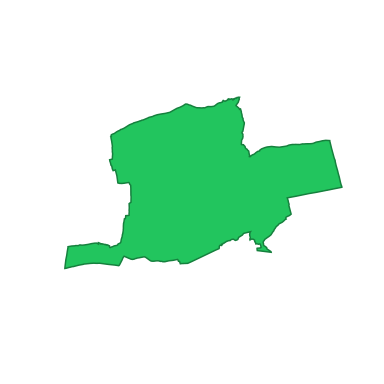 outline of Padina, Mehedinti, Romania, rotated 337°
{"feature_id": "2599482B34758771850495", "entity_name": "Padina", "entity_type": "district", "adm_level": 2, "iso_a3": "ROU", "parent_name": "Romania", "parent_adm1": "Mehedinti", "projection": "orthographic", "projection_center": [23.0, 44.441], "detail": "fine", "context": "isolated", "style": "filled", "palette": "green", "viewbox_px": 384, "rotation_deg": 337, "n_neighbors": 0, "source": "geoboundaries", "source_scale": "gbopen_adm2", "svg_char_len": 6016}
<svg xmlns="http://www.w3.org/2000/svg" viewBox="0 0 384 384"><g transform="rotate(337 192 192)"><path d="M241.3,278.4L241.4,277.7L238.9,273.9L238.8,273.5L239.0,272.5L238.9,272.1L238.2,270.8L237.2,269.4L237.2,268.7L237.6,267.7L237.7,266.4L238.3,265.5L239.7,264.7L240.4,264.1L243.8,263.3L245.1,263.1L247.9,262.3L251.0,260.2L252.1,259.7L253.1,258.6L254.1,258.1L256.1,256.7L258.1,256.2L259.0,255.6L260.0,255.3L263.1,255.1L264.9,254.6L266.8,253.8L268.1,253.7L268.0,252.9L268.4,252.2L268.7,252.0L269.5,251.8L272.7,251.7L274.6,251.1L275.8,242.9L275.8,242.4L276.3,241.7L276.6,241.1L276.7,239.9L276.7,239.3L277.1,237.7L277.4,234.6L286.4,236.6L298.9,239.1L306.4,240.9L323.7,244.5L331.8,246.2L332.0,245.6L332.1,244.8L332.0,244.3L332.3,241.9L333.0,237.9L333.4,235.8L333.9,231.8L334.3,229.6L335.0,223.9L335.7,220.0L336.1,218.7L336.1,216.5L337.5,206.3L338.2,202.1L338.6,199.7L338.7,198.9L338.9,198.5L335.3,196.7L332.0,195.8L328.8,195.3L325.8,194.6L322.5,194.6L321.5,194.3L320.6,194.1L319.3,193.6L315.6,192.1L314.0,191.6L312.5,190.9L309.7,190.4L306.2,188.8L302.7,187.4L299.6,186.7L297.1,186.7L296.2,186.5L289.9,184.9L286.6,183.2L283.1,181.2L278.7,179.9L276.4,179.6L273.0,179.5L270.9,179.9L270.2,180.6L268.5,180.3L267.8,180.4L266.0,180.8L264.7,181.3L263.4,181.5L262.4,181.4L261.4,181.5L259.2,182.2L258.6,181.8L258.7,181.6L259.4,181.1L259.4,180.0L259.5,179.4L259.8,178.0L260.2,176.5L259.6,175.4L259.4,174.2L258.7,173.3L258.3,172.0L258.5,171.7L258.5,171.3L258.6,171.1L258.5,170.4L258.2,169.7L257.9,169.4L257.9,168.6L256.9,168.1L256.5,167.9L256.1,167.7L256.1,167.3L257.9,163.7L259.6,162.4L260.6,160.9L261.0,159.6L261.3,159.1L261.4,158.6L261.1,157.2L261.4,156.6L262.0,156.2L262.5,156.0L265.3,151.8L266.6,149.9L267.2,148.8L267.1,146.2L267.4,144.9L267.7,144.3L267.5,142.7L268.2,140.4L268.5,138.0L268.8,137.4L269.1,134.5L268.1,134.5L268.2,134.2L267.9,133.1L266.3,129.8L266.3,129.5L269.4,127.6L270.0,127.1L270.6,126.2L271.4,125.5L271.8,125.0L271.9,124.2L272.8,123.4L272.3,123.1L271.8,123.1L271.5,122.8L270.9,122.9L270.3,122.6L269.4,123.1L268.9,122.6L268.6,122.6L268.0,122.6L267.3,123.1L267.2,123.1L267.2,122.7L266.6,122.5L266.4,122.6L266.0,123.0L265.7,123.2L265.6,122.6L265.5,122.4L265.2,121.8L264.2,121.6L263.9,121.8L263.7,121.6L263.2,121.3L262.4,121.4L262.5,121.1L262.2,120.9L262.2,120.6L261.3,120.6L260.6,121.1L260.0,121.3L258.1,121.4L258.0,121.2L257.6,121.2L256.5,119.9L256.1,120.1L256.0,120.5L255.2,120.8L255.0,121.1L254.2,121.0L253.4,121.0L252.1,120.6L250.1,120.6L246.3,121.6L245.6,121.6L244.0,121.2L242.7,120.8L240.6,119.8L239.6,119.5L237.0,119.5L236.2,119.4L235.6,119.0L233.9,118.5L231.7,117.4L229.3,116.3L228.7,115.8L225.9,113.1L224.5,111.5L223.4,110.8L222.4,109.7L221.7,109.1L220.3,108.5L217.4,109.1L214.0,109.3L211.0,109.1L208.9,109.3L202.8,110.0L198.2,109.2L193.9,108.1L190.2,107.3L186.9,107.0L185.3,107.1L181.6,106.5L180.4,106.6L175.3,106.6L173.8,106.3L172.6,106.4L171.8,106.2L170.2,106.2L165.3,105.6L164.4,105.8L161.6,105.7L160.7,105.7L154.6,106.7L152.1,106.8L150.8,106.6L149.4,107.0L147.5,107.0L146.0,107.2L143.3,107.8L141.5,107.7L140.2,107.8L139.8,108.1L139.4,108.8L139.5,109.2L138.9,109.4L139.0,109.6L138.6,110.4L137.9,113.9L136.8,118.1L136.5,118.9L136.4,119.3L136.0,119.7L135.8,120.1L135.0,122.5L134.4,123.8L133.9,125.8L132.5,128.5L132.2,129.2L131.8,129.9L131.5,130.6L128.8,130.1L128.4,131.8L128.4,132.8L127.9,135.9L128.3,136.9L128.0,138.0L128.0,138.7L127.6,139.5L127.8,139.9L127.7,141.4L127.7,141.5L128.7,141.7L130.1,141.7L129.2,147.7L127.3,154.7L128.6,155.7L130.7,156.7L132.6,157.3L137.4,158.5L137.7,158.7L137.8,159.0L137.7,160.1L138.0,161.4L138.2,161.8L137.2,164.6L134.5,171.1L134.1,172.6L131.8,177.6L129.6,178.1L128.0,182.2L126.9,184.4L126.5,185.7L125.7,187.1L125.1,188.8L124.7,188.9L121.8,187.9L120.3,190.4L120.0,190.5L119.3,190.3L117.7,192.9L116.7,194.2L115.5,196.6L114.6,198.7L113.9,200.0L113.8,200.3L113.6,200.7L112.1,203.1L111.3,204.0L110.2,205.9L108.5,207.8L107.0,210.2L106.2,210.8L105.8,210.9L103.6,211.0L102.9,211.6L102.2,211.8L99.2,211.2L97.8,211.3L95.5,211.1L95.0,211.2L94.8,211.1L94.7,211.0L94.7,210.1L95.0,209.3L94.5,208.9L94.0,208.1L93.7,207.8L93.3,207.7L93.1,207.4L92.8,207.6L92.6,207.4L92.6,207.2L92.1,207.0L91.7,206.6L91.6,206.3L91.1,206.3L91.0,206.1L90.3,205.5L89.8,205.2L89.5,205.2L89.3,204.8L88.8,204.4L88.2,204.4L88.2,204.2L87.3,203.9L87.4,203.6L87.4,203.4L86.0,202.0L85.4,202.7L85.3,203.1L84.8,202.4L84.1,201.7L82.5,201.1L79.5,200.3L76.2,199.7L72.2,198.7L70.0,198.0L68.1,196.9L66.2,196.9L65.6,196.6L64.1,195.9L62.9,195.7L60.1,194.7L56.5,193.9L56.3,194.4L53.9,198.1L52.1,201.1L49.4,205.1L46.0,211.0L45.1,212.7L46.3,213.0L49.4,213.4L50.3,213.6L52.5,213.9L53.7,214.3L59.2,215.1L63.6,216.1L64.3,216.1L70.5,218.0L73.9,219.2L76.1,220.3L79.2,221.5L86.6,225.9L92.4,229.1L95.8,231.2L96.2,231.1L96.9,230.7L101.0,227.3L102.8,225.5L104.4,224.6L109.6,230.0L110.9,230.8L112.6,231.2L113.4,231.1L114.3,231.3L115.8,231.4L117.7,231.9L122.8,233.0L123.0,233.3L123.7,233.8L124.8,235.6L126.5,238.4L127.1,239.3L128.2,240.1L129.9,240.8L132.1,241.4L133.7,242.0L134.6,242.5L135.8,243.5L137.1,244.0L137.8,244.7L139.9,245.6L143.9,246.3L147.8,247.5L152.3,248.4L152.5,248.6L152.5,250.5L153.4,251.1L153.2,253.5L154.4,253.8L160.2,256.0L164.7,255.9L191.2,254.7L194.8,254.7L195.6,253.4L195.9,252.7L196.7,252.1L197.1,252.1L198.0,252.4L198.3,252.7L198.4,252.8L198.7,252.6L198.7,251.7L198.9,251.6L199.5,252.0L199.8,252.0L200.7,251.4L201.9,251.6L202.8,251.2L203.2,251.3L204.2,251.0L206.6,251.1L208.1,251.6L209.6,251.1L211.1,251.4L211.8,251.7L212.6,253.0L213.0,253.5L214.5,253.7L215.6,253.6L217.2,252.0L221.0,251.4L221.6,251.3L222.9,250.5L223.7,250.3L230.3,251.4L229.6,251.9L228.7,253.3L228.3,254.0L227.9,256.5L227.8,256.9L227.6,257.4L227.0,257.7L226.8,258.1L226.7,258.8L227.0,258.7L228.3,258.6L229.6,259.2L230.2,259.7L230.5,260.3L230.8,260.6L230.7,260.9L230.6,261.0L230.4,262.5L230.6,262.7L230.7,262.9L230.5,264.8L231.3,264.9L232.9,266.1L234.2,266.3L234.4,266.7L234.4,267.0L234.1,269.6L233.9,270.0L233.7,270.1L232.3,270.0L230.0,269.2L229.7,269.5L229.2,271.4L241.3,278.4Z" fill="#22c55e" stroke="#15803d" stroke-width="1.5"/></g></svg>